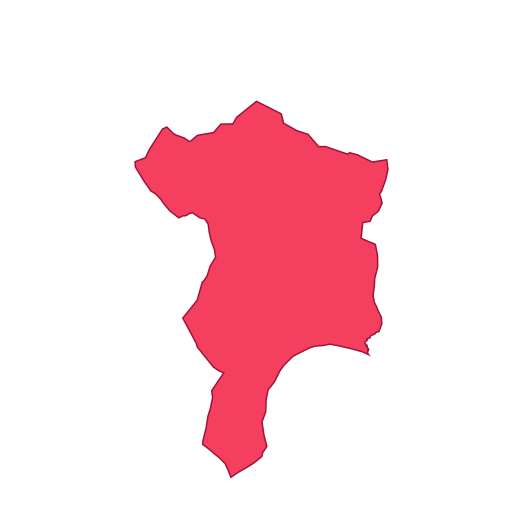 Gwer East, Benue, Nigeria (Albers equal-area conic projection), rotated 140°
{"feature_id": "59680162B99778789604362", "entity_name": "Gwer East", "entity_type": "district", "adm_level": 2, "iso_a3": "NGA", "parent_name": "Nigeria", "parent_adm1": "Benue", "projection": "albers", "projection_center": [8.455, 7.356], "detail": "fine", "context": "isolated", "style": "filled", "palette": "rose", "viewbox_px": 512, "rotation_deg": 140, "n_neighbors": 0, "source": "geoboundaries", "source_scale": "gbopen_adm2", "svg_char_len": 2360}
<svg xmlns="http://www.w3.org/2000/svg" viewBox="0 0 512 512"><g transform="rotate(140 256 256)"><path d="M381.2,98.6L379.9,98.9L377.4,101.0L370.1,103.1L365.1,113.6L358.0,125.1L348.7,130.4L344.0,135.6L341.7,138.3L338.2,141.4L332.7,145.7L323.0,147.7L318.7,149.5L311.4,152.7L304.4,154.4L292.9,155.4L287.8,154.5L273.0,150.9L267.8,148.4L262.4,144.5L256.0,141.0L249.9,133.4L241.7,122.5L236.0,114.1L233.2,108.1L233.1,109.1L233.1,109.6L232.8,109.8L232.7,110.2L232.4,110.4L232.3,110.8L231.8,111.1L231.0,111.3L230.9,111.6L230.6,111.6L230.5,111.8L230.5,112.1L230.1,112.1L230.2,112.4L229.7,112.3L229.5,112.9L229.8,113.5L229.7,114.1L229.0,115.0L228.6,115.4L228.8,115.9L229.4,116.2L229.3,116.6L229.0,117.0L228.5,116.9L228.6,117.6L228.6,118.6L228.8,119.2L228.3,119.6L227.8,120.1L227.1,120.1L226.7,119.9L224.4,120.2L224.2,121.2L223.4,121.1L222.4,120.6L221.7,120.1L221.0,120.1L220.1,121.1L218.4,120.9L215.0,119.9L213.1,120.3L210.4,119.1L203.2,123.2L199.3,128.6L197.6,135.7L196.2,139.8L195.2,144.3L191.8,150.3L186.1,155.6L184.7,156.8L179.7,162.3L169.7,169.5L162.7,178.1L157.1,188.2L161.2,196.1L164.1,202.1L152.6,213.0L146.3,209.2L140.9,212.0L136.8,211.6L133.0,211.8L125.3,215.5L121.4,224.2L118.5,224.8L110.2,229.6L106.9,231.6L99.3,237.5L94.0,245.7L106.5,253.2L113.2,268.2L117.9,274.9L120.4,275.2L132.5,295.3L137.7,299.4L137.9,315.6L144.3,326.1L149.5,340.0L145.3,348.6L156.2,374.2L156.9,374.2L181.5,374.7L188.9,372.1L198.2,379.6L209.1,377.8L223.3,386.1L232.5,386.0L233.6,386.8L235.0,392.2L239.5,400.1L240.7,403.4L241.4,412.1L246.0,413.4L269.3,406.1L277.5,402.3L288.0,406.0L291.0,402.0L291.2,401.6L293.8,384.5L294.3,377.0L294.8,373.7L292.8,367.6L292.5,360.5L292.9,357.0L293.0,351.6L293.0,346.2L290.6,334.8L287.2,334.0L286.1,333.8L284.8,332.6L283.9,332.1L282.6,331.7L281.5,331.6L279.9,331.4L279.5,331.3L279.2,331.1L278.6,330.8L277.9,330.5L277.0,330.4L274.6,321.7L271.4,317.1L272.2,311.0L272.4,310.8L276.8,303.8L280.4,296.8L281.6,293.5L283.8,287.4L287.7,281.1L297.8,277.6L306.1,272.2L312.3,270.4L313.8,270.6L329.5,259.9L352.0,255.5L357.9,227.4L359.5,224.0L360.0,197.9L358.2,192.0L355.8,187.2L376.5,181.3L380.2,175.5L388.7,168.7L395.6,164.3L402.1,158.7L404.1,156.8L411.5,151.4L415.4,148.6L418.0,146.0L417.3,143.3L416.7,140.9L413.7,124.5L413.1,116.8L415.1,109.6L417.5,102.6L410.3,102.0L398.4,99.9L391.0,98.9L381.2,98.6Z" fill="#f43f5e" stroke="#9f1239" stroke-width="1.5"/></g></svg>